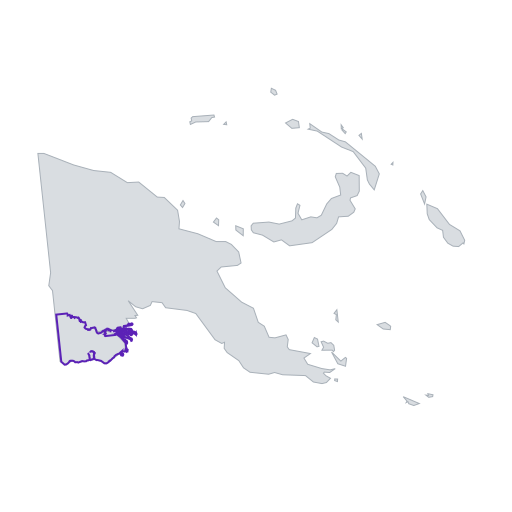 South Fly District, Western, Papua New Guinea (highlighted), rotated 354°
{"feature_id": "67681753B32450151371022", "entity_name": "South Fly District", "entity_type": "district", "adm_level": 2, "iso_a3": "PNG", "parent_name": "Papua New Guinea", "parent_adm1": "Western", "projection": "natural_earth1", "projection_center": [142.961, -8.494], "detail": "fine", "context": "in_parent", "style": "outline", "palette": "violet", "viewbox_px": 512, "rotation_deg": 354, "n_neighbors": 0, "source": "geoboundaries", "source_scale": "gbopen_adm2", "svg_char_len": 9673}
<svg xmlns="http://www.w3.org/2000/svg" viewBox="0 0 512 512"><g transform="rotate(354 256 256)"><path d="M50.1,340.4L50.0,269.2L46.8,263.9L50.0,251.2L49.8,131.2L55.7,131.8L84.2,146.4L103.4,154.0L120.2,157.6L135.7,169.6L147.1,170.2L164.0,187.1L170.9,188.2L182.8,202.3L183.5,213.7L182.2,220.9L200.5,227.8L217.9,237.5L227.4,238.5L232.7,241.9L239.2,250.2L240.4,261.4L236.6,263.4L220.2,263.3L215.6,266.9L222.1,284.4L236.9,300.4L248.0,307.7L251.3,322.2L256.9,326.7L260.5,338.2L266.3,339.4L277.6,337.6L279.3,342.4L277.6,349.6L279.3,352.6L299.9,358.7L293.0,362.5L296.1,369.1L309.6,374.8L317.9,377.0L323.0,376.3L317.1,379.6L311.8,378.6L310.8,379.6L313.0,382.4L317.3,385.4L312.8,389.2L308.3,389.8L299.9,387.3L292.7,380.1L270.1,376.9L262.3,373.8L256.2,374.9L237.9,371.0L231.9,365.9L228.0,358.3L217.2,349.0L214.7,344.5L215.7,338.5L212.8,339.4L206.5,335.0L190.1,306.9L181.6,302.9L160.7,298.0L157.7,292.6L147.9,290.5L145.7,294.1L137.7,296.6L131.0,293.9L124.2,287.1L132.2,302.6L129.4,302.5L130.7,305.0L129.2,305.3L120.4,304.4L123.1,310.8L108.7,314.4L98.0,313.2L92.9,314.7L90.8,314.6L88.0,309.8L84.1,310.7L87.4,310.8L91.5,316.3L100.5,315.5L109.2,319.7L116.5,328.9L116.2,335.3L96.3,347.1L84.8,342.0L67.9,343.4L62.0,341.4L54.4,343.7L50.1,340.4ZM350.8,182.8L354.9,186.0L359.1,182.7L367.0,186.8L365.5,202.3L362.9,206.5L356.1,208.1L355.3,210.4L359.6,219.5L357.8,222.7L351.9,226.1L342.2,225.7L339.6,232.0L334.2,237.5L313.2,248.6L290.5,249.4L283.0,242.6L275.2,243.9L264.6,235.9L255.8,232.6L254.1,229.5L254.3,225.5L256.7,223.1L272.4,223.6L282.4,226.7L295.5,224.8L299.2,222.4L300.6,212.5L302.7,208.4L305.0,210.2L302.2,217.9L305.3,224.8L314.6,222.8L320.6,224.4L325.2,222.3L331.8,211.6L337.0,206.7L346.6,204.2L346.5,196.3L343.1,185.5L344.5,182.3L350.8,182.8ZM465.2,262.2L464.0,265.7L463.3,264.6L458.5,267.8L453.0,266.8L448.1,263.3L444.4,257.0L444.3,250.0L439.0,246.9L432.1,237.9L430.7,232.0L431.3,222.3L441.4,227.9L451.7,244.8L461.5,252.3L465.2,262.2ZM387.2,187.2L380.5,202.6L376.3,196.3L374.7,191.9L374.3,180.1L363.6,162.4L352.5,156.6L330.0,138.2L321.1,135.3L323.3,134.5L323.3,130.0L334.4,139.6L341.3,141.9L350.5,149.3L356.8,151.8L384.0,179.2L387.2,187.2ZM207.6,110.8L228.9,111.4L229.3,113.5L226.5,113.7L222.9,117.4L210.1,116.4L204.5,118.3L204.2,115.6L206.2,114.9L205.9,112.1L207.6,110.8ZM314.3,347.7L318.2,350.3L321.5,350.0L324.0,353.0L324.3,358.0L323.0,359.2L322.0,357.6L311.7,356.6L313.7,353.8L311.8,348.1L314.3,347.7ZM312.5,132.9L305.0,132.8L299.3,126.8L306.7,123.9L312.3,126.7L312.5,132.9ZM329.4,369.4L334.3,366.2L335.4,367.3L333.5,375.0L326.1,371.7L321.1,359.4L329.4,369.4ZM369.3,336.9L377.5,335.5L381.4,338.8L382.6,340.0L381.8,343.3L374.9,341.9L369.3,336.9ZM387.7,411.3L403.0,419.8L397.3,421.2L392.5,418.9L391.9,416.8L390.0,417.5L391.0,416.1L387.7,411.3ZM245.4,234.5L238.7,228.1L239.0,223.8L246.2,227.6L245.4,234.5ZM309.2,352.4L307.2,352.7L302.7,348.2L305.5,343.2L308.5,345.1L309.2,352.4ZM429.1,221.9L426.2,211.5L428.7,208.4L431.3,215.0L429.1,221.9ZM221.9,221.9L217.2,217.8L220.7,214.1L222.7,216.1L221.9,221.9ZM293.9,97.2L291.3,98.0L287.8,94.6L288.8,90.8L292.8,93.3L293.9,97.2ZM190.8,196.4L188.0,200.1L186.1,197.3L189.2,193.2L190.8,196.4ZM330.8,317.9L330.9,330.3L328.7,327.8L329.8,322.7L327.6,321.2L330.8,317.9ZM118.3,321.1L122.9,326.2L111.8,318.0L118.3,321.1ZM122.3,319.9L116.2,317.8L115.0,316.2L122.2,317.0L122.3,319.9ZM417.5,412.5L417.0,414.3L413.0,414.6L410.4,412.1L413.0,412.7L412.5,410.9L417.5,412.5ZM373.6,145.1L373.8,150.8L371.0,146.8L373.6,145.1ZM358.7,142.0L357.5,143.6L354.6,139.6L355.2,138.8L358.7,142.0ZM324.3,386.9L323.9,389.4L321.2,388.1L321.5,386.5L324.3,386.9ZM356.2,137.6L354.1,138.3L354.4,134.4L356.2,137.6ZM240.3,119.5L240.6,122.4L237.6,121.7L240.3,119.5ZM402.0,177.2L401.6,179.8L400.0,178.9L402.0,177.2Z" fill="#d9dde1" stroke="#a8b0b8" stroke-width="1"/><path d="M97.4,315.6L97.7,314.9L97.6,315.0L98.3,314.6L96.2,314.4L93.9,316.1L91.0,316.6L90.1,316.0L89.5,314.8L89.1,312.3L88.6,311.2L88.7,310.7L88.1,310.1L84.9,310.5L83.8,311.1L83.2,312.0L81.6,312.0L81.1,311.9L81.0,311.7L80.7,311.2L79.0,310.5L78.0,309.2L78.6,307.9L79.7,307.1L79.1,304.0L77.1,303.9L76.1,303.1L75.0,303.2L75.2,301.5L74.8,301.2L74.2,302.2L73.9,302.2L73.4,299.2L72.9,298.6L72.1,298.9L71.4,298.3L69.4,297.8L69.4,298.4L69.1,298.6L68.5,297.7L66.3,297.3L65.9,298.0L66.7,298.4L65.6,298.3L65.3,297.6L66.5,297.0L66.7,296.2L66.3,296.1L66.0,296.7L65.6,296.7L64.8,296.2L64.5,295.1L62.5,295.5L62.6,294.4L62.1,293.4L51.2,293.4L51.3,340.8L54.3,344.1L55.8,344.1L57.6,343.2L58.8,342.2L59.7,341.0L60.2,340.8L60.4,341.1L61.9,340.8L63.4,341.2L64.3,341.8L65.1,342.8L67.3,342.9L68.1,343.4L72.1,342.3L74.3,342.9L76.1,342.9L77.2,342.1L78.0,342.3L79.7,341.9L79.9,339.6L79.7,339.1L79.8,337.5L79.0,335.9L78.5,336.0L79.0,335.7L79.9,337.4L79.8,339.0L80.0,339.5L79.9,341.9L80.6,342.3L81.8,341.7L82.4,341.8L83.1,341.6L84.2,340.3L84.2,338.1L84.6,336.6L85.3,335.8L84.9,335.5L84.8,335.0L84.4,334.9L83.7,333.8L82.6,333.8L82.2,333.6L81.2,333.9L81.0,333.3L81.3,333.7L82.2,333.4L82.6,333.7L83.1,333.5L83.8,333.7L84.0,334.2L84.4,334.4L84.5,334.9L84.9,334.8L85.0,335.4L85.5,335.7L85.2,336.3L84.8,336.5L84.5,338.2L84.6,339.7L84.3,341.3L86.6,342.9L87.6,342.9L91.0,344.1L94.0,346.9L96.0,347.2L97.9,346.3L98.9,345.4L98.6,344.4L99.0,345.4L99.6,344.8L100.0,345.0L102.9,342.6L104.2,342.0L104.7,341.0L106.5,339.7L108.8,338.9L110.1,338.7L110.8,337.9L112.8,336.5L112.6,337.0L111.3,337.7L112.3,337.6L113.9,337.0L115.4,337.3L116.1,336.7L116.2,336.4L116.3,336.7L117.4,335.8L117.7,335.2L117.6,334.5L117.4,334.6L117.2,328.8L113.1,322.7L108.8,318.8L107.8,318.6L107.8,319.8L97.8,319.9L97.4,319.6L97.5,318.8L97.2,318.4L97.6,318.0L97.4,317.9L97.8,317.8L97.6,317.3L97.9,317.6L98.1,317.1L98.3,317.1L98.0,316.5L98.1,316.3L97.9,316.3L97.9,316.0L97.4,315.6ZM116.7,319.8L113.6,319.2L112.5,317.7L111.9,317.4L111.2,317.8L113.5,320.1L115.9,321.2L117.4,323.2L121.5,325.2L122.6,326.0L123.1,327.4L123.5,327.3L124.0,326.0L123.7,325.1L122.5,324.4L119.1,321.1L116.7,319.8ZM116.5,316.2L115.3,315.5L114.7,316.3L117.0,318.0L118.1,318.2L119.4,317.8L120.6,318.5L121.3,318.3L121.9,316.4L121.4,315.9L116.5,316.2ZM122.5,318.0L122.0,317.5L121.4,318.4L120.9,318.6L120.2,318.5L119.3,317.8L118.2,318.3L120.8,319.8L121.3,320.6L122.0,320.7L122.3,320.6L122.3,320.2L121.8,320.3L121.7,319.9L120.4,319.4L121.9,320.0L122.4,319.9L122.9,318.9L122.5,318.0ZM124.0,315.4L121.8,314.9L120.7,315.3L122.0,315.9L123.4,317.5L124.1,317.1L124.8,317.0L124.6,316.4L124.5,316.5L124.2,316.5L124.6,316.1L124.0,315.4ZM123.1,310.2L123.3,310.9L123.1,311.9L125.4,311.7L126.1,310.9L125.9,310.3L125.4,310.0L124.2,310.4L123.1,310.2ZM114.1,314.8L110.5,315.0L109.8,315.4L111.4,315.9L113.3,315.9L114.1,315.4L114.1,314.8ZM124.8,320.3L123.7,319.5L123.0,319.8L122.7,320.9L123.1,321.5L123.9,321.7L124.8,321.0L124.8,320.3ZM121.0,311.5L121.1,312.0L122.9,311.9L123.2,310.9L123.0,310.2L122.1,310.1L121.0,311.5ZM116.6,314.2L115.0,314.4L114.5,314.7L116.1,314.6L118.7,315.1L119.6,315.0L119.9,314.6L119.6,314.3L116.6,314.2ZM127.0,318.6L126.2,318.3L125.9,319.3L126.9,320.3L127.3,320.2L127.1,320.5L127.4,320.7L127.9,320.3L128.0,319.6L127.7,319.0L127.0,318.5L126.8,318.4L127.0,318.6ZM118.2,337.3L118.6,335.9L118.2,335.4L116.9,336.3L116.5,337.1L117.2,337.7L117.6,337.0L118.2,337.3ZM99.4,313.2L101.0,314.0L101.0,313.6L102.2,314.8L103.2,314.6L102.5,313.7L101.0,313.7L100.0,313.0L99.4,313.2ZM113.6,339.6L112.9,339.6L111.7,340.3L111.6,340.7L112.7,341.2L113.1,341.2L113.7,340.3L113.6,339.6ZM109.7,313.8L114.0,313.0L114.6,312.7L111.1,312.8L109.7,313.8ZM117.9,326.9L118.3,329.4L118.5,329.5L118.8,329.0L118.8,327.6L118.6,327.1L117.9,326.9ZM115.1,323.1L115.3,322.9L115.0,322.1L113.2,321.0L114.4,322.9L115.1,323.1ZM128.9,320.6L128.8,320.1L128.6,320.2L128.1,321.2L128.2,320.3L127.8,320.8L127.7,320.6L127.6,321.0L128.5,321.9L129.0,321.3L129.0,320.3L128.9,320.6ZM111.8,339.9L112.7,339.1L111.8,338.5L111.3,338.9L111.1,339.3L111.2,339.7L111.8,339.9ZM114.1,318.6L114.4,318.4L113.8,317.5L113.1,317.2L112.8,317.3L113.4,318.4L114.1,318.6ZM124.2,318.2L125.1,317.7L124.8,317.1L124.2,317.1L123.6,317.6L124.2,318.2ZM108.0,315.5L109.4,315.2L110.0,314.7L109.4,314.6L107.6,315.4L108.0,315.5ZM117.2,312.2L120.3,312.0L120.7,311.9L120.9,311.8L121.0,311.6L117.3,311.8L117.2,312.2ZM123.2,318.4L123.1,317.6L122.0,316.5L121.9,317.3L123.2,318.4ZM117.2,325.5L115.9,325.2L116.1,325.6L117.9,326.6L117.2,325.5ZM113.0,321.6L111.1,319.4L110.9,319.4L110.9,320.0L113.0,321.6ZM117.1,327.2L117.3,326.8L115.7,325.9L116.6,327.0L117.1,327.2ZM81.2,311.8L82.2,311.7L81.8,311.4L80.9,311.2L81.2,311.8ZM117.0,315.2L116.2,315.2L116.0,315.3L116.8,315.8L117.2,315.7L117.0,315.2ZM110.8,319.9L110.8,319.3L110.0,318.9L110.2,319.5L110.8,319.9ZM111.2,314.3L112.8,314.2L112.3,314.0L111.2,314.3ZM115.7,323.9L115.6,323.1L115.1,323.3L115.5,323.8L115.7,323.9ZM103.5,315.5L104.2,315.4L103.2,315.2L103.5,315.5ZM118.0,315.7L117.9,315.3L117.2,315.2L117.3,315.7L118.0,315.7ZM103.3,314.7L104.1,314.7L103.0,314.0L103.3,314.7ZM109.1,317.0L109.6,316.6L109.0,316.6L109.1,317.0ZM114.6,316.0L114.7,315.6L114.6,315.4L114.3,315.7L114.6,316.0ZM114.7,318.2L114.5,317.7L114.2,317.7L114.4,318.1L114.7,318.2ZM113.1,320.7L112.3,320.0L112.5,320.4L113.1,320.7ZM82.9,311.7L83.4,311.6L83.5,311.4L82.9,311.7ZM114.1,318.9L114.8,318.9L114.1,318.8L114.1,318.9ZM125.7,318.7L125.5,318.3L125.2,318.6L125.7,318.7ZM107.2,315.6L107.1,315.9L107.5,315.8L107.5,315.7L107.2,315.6ZM115.8,315.1L115.6,314.8L115.4,314.8L115.4,315.0L115.8,315.1ZM113.5,321.0L114.1,321.2L113.4,320.9L113.5,321.0ZM118.3,315.7L118.3,315.4L118.0,315.4L118.1,315.5L118.3,315.7ZM84.4,310.4L84.8,310.1L84.4,310.3L84.4,310.4ZM109.1,317.6L109.4,317.6L109.1,317.6ZM111.0,317.6L111.2,317.4L111.0,317.5L111.0,317.6ZM82.3,311.9L82.5,311.7L82.2,311.8L82.3,311.9ZM98.4,314.6L98.0,314.8L97.9,314.9L98.1,314.8L98.4,314.6Z" fill="none" stroke="#5b21b6" stroke-width="2"/></g></svg>